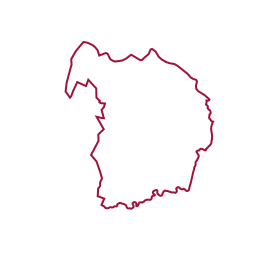 the district of Ararat, Ararat, Armenia, rotated 300°
{"feature_id": "60910142B39713480261045", "entity_name": "Ararat", "entity_type": "district", "adm_level": 2, "iso_a3": "ARM", "parent_name": "Armenia", "parent_adm1": "Ararat", "projection": "albers", "projection_center": [44.799, 39.943], "detail": "fine", "context": "isolated", "style": "outline", "palette": "rose", "viewbox_px": 256, "rotation_deg": 300, "n_neighbors": 0, "source": "geoboundaries", "source_scale": "gbopen_adm2", "svg_char_len": 4792}
<svg xmlns="http://www.w3.org/2000/svg" viewBox="0 0 256 256"><g transform="rotate(300 128 128)"><path d="M128.4,55.7L125.3,62.6L127.1,62.9L132.5,62.0L142.4,61.1L143.3,70.7L149.9,69.5L146.4,80.7L138.5,85.5L137.4,90.1L136.1,90.1L135.9,91.9L137.7,95.8L134.1,96.7L130.4,96.1L124.4,102.2L123.5,100.1L122.0,95.2L114.8,107.6L107.6,105.5L102.2,108.9L86.2,109.5L83.3,117.4L76.1,125.8L71.3,130.7L67.0,131.0L64.0,132.8L60.4,132.5L53.8,135.9L55.0,142.8L48.1,143.5L48.1,144.0L48.0,144.8L48.2,145.6L48.2,146.1L48.1,146.9L48.0,147.2L47.7,147.7L47.5,148.5L47.7,149.1L47.9,149.9L48.4,150.6L48.8,150.9L49.3,151.4L50.1,151.8L50.6,152.3L50.8,152.9L51.2,153.8L51.5,154.4L52.0,154.8L52.6,155.1L53.1,155.2L53.4,155.4L53.7,155.9L53.9,156.3L54.1,156.9L54.6,157.3L55.2,157.5L55.7,157.4L56.3,157.0L56.7,156.9L57.2,157.2L57.6,157.5L58.1,157.8L58.7,157.9L59.0,158.5L59.3,159.1L59.5,159.9L59.5,160.1L59.5,160.7L59.7,161.3L60.1,162.0L60.0,162.7L60.2,163.9L60.2,164.7L59.6,165.5L58.9,166.4L58.4,167.3L58.3,167.9L58.4,168.4L58.8,168.9L59.2,169.4L59.4,169.8L59.4,170.5L59.5,170.9L59.9,171.3L60.5,171.6L61.3,172.1L62.0,172.3L62.6,172.3L63.0,171.8L63.2,171.6L63.5,171.5L63.9,170.7L64.4,170.2L64.9,169.7L65.7,169.7L66.4,170.0L66.9,170.4L67.0,170.5L67.3,171.1L67.3,171.9L67.0,172.5L66.7,173.1L65.8,173.5L65.1,173.8L64.7,174.2L64.8,174.9L65.3,175.3L65.9,175.5L67.0,175.3L67.5,175.2L67.8,175.1L68.5,175.1L69.2,175.2L69.7,175.6L69.9,176.1L70.3,176.8L70.5,177.1L70.5,177.3L70.8,177.9L71.6,178.1L72.2,178.6L72.9,178.7L73.3,178.8L73.7,178.9L73.9,179.1L74.4,179.5L75.2,180.0L75.7,180.7L76.1,181.6L76.4,182.3L76.8,182.9L77.1,183.3L77.6,183.6L78.2,183.7L79.0,183.6L79.5,183.4L79.9,183.1L80.1,183.0L80.7,183.0L81.4,183.2L81.8,183.6L82.4,184.3L83.0,184.8L83.4,184.8L83.4,184.7L83.5,184.5L83.6,183.8L83.8,183.1L83.8,182.6L84.1,182.0L85.0,181.7L85.5,181.6L86.2,181.7L86.8,182.1L87.3,182.5L87.7,182.8L87.8,182.9L88.5,183.5L88.6,183.9L88.4,184.7L87.8,185.2L87.1,185.5L86.3,185.9L85.8,186.4L85.7,187.6L85.5,188.2L85.3,189.0L85.4,189.6L85.7,190.2L86.0,190.6L86.5,191.0L87.2,191.1L87.9,191.0L88.3,190.7L88.8,190.6L89.2,190.6L90.2,190.6L91.1,190.7L92.1,191.0L92.3,191.4L92.5,192.0L92.7,192.8L93.0,193.3L93.2,193.9L93.4,194.7L93.5,195.6L93.8,196.9L93.9,197.4L94.2,198.1L94.4,198.5L94.6,199.2L95.0,199.6L95.2,200.1L95.4,200.7L95.5,201.4L96.1,201.7L96.7,202.0L97.2,202.0L97.9,201.8L98.5,201.4L98.8,200.9L99.2,200.3L99.7,200.0L100.2,200.1L101.1,200.4L101.7,200.7L102.0,201.2L101.9,202.0L101.9,202.9L101.8,203.0L101.7,203.6L101.5,204.5L101.7,205.0L101.9,205.6L102.3,205.9L102.7,206.2L103.2,206.6L103.3,207.1L103.3,207.6L103.1,208.3L102.8,209.1L102.8,209.7L102.9,210.7L103.4,211.1L103.8,211.4L104.4,211.6L105.3,211.5L106.0,211.4L106.5,211.2L107.0,211.0L108.3,210.7L110.7,210.1L113.3,209.4L114.8,208.9L116.5,208.4L120.7,207.0L124.1,206.1L124.5,206.0L125.1,205.9L125.9,205.6L126.2,205.5L126.8,205.1L127.4,205.1L127.8,205.1L128.5,205.2L129.4,205.1L129.8,205.0L130.5,204.6L131.4,204.0L132.3,203.6L133.0,203.6L133.8,203.8L134.7,203.9L135.3,203.7L135.8,203.7L136.6,203.9L137.5,203.7L138.5,203.5L139.3,203.2L139.7,202.7L140.1,201.9L140.7,200.9L141.0,200.2L141.4,199.5L141.8,199.1L142.4,199.1L142.8,199.3L143.2,199.8L143.7,200.3L144.1,200.8L144.5,200.9L145.3,200.8L145.8,201.2L146.6,201.6L146.8,202.4L147.0,203.1L147.0,204.0L147.0,204.8L147.1,205.5L147.3,206.1L147.5,206.4L147.9,206.4L148.4,206.0L149.0,206.1L149.4,206.5L149.8,206.6L150.4,206.5L150.9,206.8L151.7,206.9L152.2,207.0L152.9,207.2L153.4,207.4L154.3,207.7L155.1,207.8L155.9,207.8L156.7,207.7L157.8,207.1L158.5,206.8L159.3,206.5L159.9,206.5L160.6,206.2L161.6,205.6L162.5,205.2L163.4,204.6L164.2,204.0L164.9,203.5L165.8,202.7L167.1,201.8L168.4,200.6L170.2,199.9L171.3,199.3L172.4,199.1L173.4,199.0L174.1,198.9L174.5,198.6L175.0,198.5L176.0,198.5L175.6,197.5L175.8,196.9L176.0,195.9L176.7,195.0L176.9,194.5L176.8,193.9L177.2,193.5L177.9,192.8L178.7,192.6L179.3,192.4L180.1,192.2L180.5,191.8L181.0,192.1L181.7,192.2L182.4,192.1L183.1,191.5L183.8,190.8L184.3,190.1L184.3,189.6L184.3,188.9L184.6,188.2L184.7,187.6L185.3,186.8L186.1,186.7L186.8,186.1L187.1,185.5L187.2,184.8L187.2,184.1L187.6,183.6L188.1,183.6L188.9,183.4L189.6,183.2L190.6,182.6L191.0,182.2L191.4,182.8L191.6,183.5L192.1,184.1L192.8,184.3L193.2,184.4L193.8,183.0L194.8,177.8L195.0,170.3L196.1,167.6L198.5,165.7L202.8,164.5L203.8,163.0L203.1,159.8L203.1,157.2L204.8,152.1L206.6,139.6L206.6,136.1L204.9,131.7L204.2,128.0L204.2,122.7L205.2,118.6L208.0,113.8L208.5,109.4L208.0,108.9L207.3,108.3L202.4,108.9L196.7,106.9L193.9,106.1L192.9,104.6L193.0,97.5L193.0,94.1L187.0,91.6L183.5,89.2L178.9,83.3L178.6,79.9L178.9,78.0L182.0,73.4L182.0,71.5L180.2,69.9L176.4,66.9L180.1,62.8L181.6,59.0L182.1,55.8L181.6,50.3L180.2,46.4L168.8,44.4L159.3,44.4L154.7,47.4L136.2,52.3L134.1,53.3L128.4,55.7Z" fill="none" stroke="#9f1239" stroke-width="2"/></g></svg>